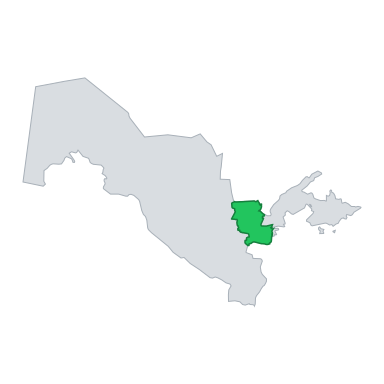 Jizzakh highlighted on a map of Uzbekistan
{"feature_id": "UZB-370", "entity_name": "Jizzakh", "entity_type": "Region", "adm_level": 1, "iso_a3": "UZB", "parent_name": "Uzbekistan", "parent_adm1": "", "projection": "albers", "projection_center": [67.735, 40.342], "detail": "fine", "context": "in_parent", "style": "filled", "palette": "green", "viewbox_px": 384, "rotation_deg": 0, "n_neighbors": 0, "source": "natural_earth", "source_scale": "10m", "svg_char_len": 7060}
<svg xmlns="http://www.w3.org/2000/svg" viewBox="0 0 384 384"><path d="M311.8,174.2L317.9,171.0L321.4,172.9L321.7,174.0L318.0,176.4L314.6,177.8L313.7,180.6L310.4,182.0L307.1,186.0L301.8,190.2L301.8,191.0L302.3,191.7L304.0,192.1L307.6,194.2L311.0,192.8L311.9,193.1L312.8,194.3L313.9,197.9L315.5,198.9L320.5,200.6L324.2,200.4L326.1,201.1L326.4,200.8L326.4,195.4L328.0,196.2L329.6,195.5L330.2,192.8L329.8,191.0L330.9,189.9L331.6,190.6L331.7,192.2L333.6,193.2L335.0,195.8L335.6,198.8L339.0,199.4L340.2,198.8L341.2,199.1L341.9,202.9L342.4,203.2L345.3,202.3L348.2,203.8L351.4,206.5L354.8,206.5L355.6,207.0L358.0,206.4L360.8,207.1L361.0,207.5L360.5,208.2L354.0,212.2L352.3,214.7L350.8,215.6L346.7,214.5L346.2,216.0L347.0,217.5L346.1,219.1L344.0,218.6L343.5,217.9L341.5,218.4L339.3,221.1L338.2,223.3L336.1,224.0L333.1,226.3L331.8,224.6L329.6,225.0L326.6,223.3L325.2,223.1L312.3,225.8L311.2,225.5L309.8,222.7L306.5,221.2L306.6,219.8L313.0,213.5L313.7,211.6L311.5,210.7L311.8,209.1L307.4,204.4L306.6,204.1L306.0,204.3L304.5,207.9L293.2,214.4L291.5,213.9L288.9,211.6L287.2,210.8L285.1,212.8L285.3,215.1L283.1,217.0L285.2,223.2L285.0,224.0L283.5,224.3L284.7,226.6L283.8,226.9L278.2,226.1L271.8,227.6L272.0,228.6L277.7,228.3L278.5,228.7L278.7,229.5L278.3,230.0L275.3,230.6L275.0,231.6L276.6,234.3L275.9,235.0L274.8,234.4L274.0,236.2L272.0,236.2L271.0,241.5L269.5,243.4L267.3,244.4L253.5,242.0L250.0,243.6L247.6,246.1L246.0,251.9L246.2,252.6L252.1,254.8L253.0,258.4L260.2,258.7L261.4,259.2L262.0,260.1L262.3,261.1L260.3,266.9L261.1,272.0L262.3,274.4L266.5,278.9L266.4,281.4L265.4,283.6L264.2,285.5L262.9,286.3L261.2,288.8L259.6,291.8L256.5,295.7L255.5,297.9L255.2,304.2L254.4,306.1L254.2,305.4L253.1,304.7L249.9,304.5L249.3,303.7L245.2,305.1L242.6,304.5L239.9,301.8L234.9,300.8L228.5,301.4L228.4,294.8L228.8,289.9L231.0,286.1L230.9,285.4L229.9,284.0L226.1,282.9L221.6,279.8L217.5,277.7L215.2,277.0L212.5,278.1L210.1,277.7L199.3,269.5L190.2,263.5L184.1,257.5L181.0,258.0L173.1,252.3L168.2,246.3L151.6,232.8L148.4,229.6L147.7,227.9L146.8,220.1L145.5,216.5L143.4,214.4L141.8,210.6L139.6,201.3L138.7,199.6L133.9,195.4L131.0,194.3L128.9,194.7L127.6,196.2L125.9,196.2L118.6,194.1L110.5,194.1L103.7,188.9L103.3,188.1L103.5,186.8L105.1,183.9L104.9,182.5L104.1,181.0L104.2,179.5L104.9,178.6L106.2,179.0L106.8,178.5L106.7,177.7L105.2,175.6L102.1,173.6L102.8,172.5L103.2,169.6L103.9,168.1L103.5,167.5L101.2,165.1L93.4,164.3L91.6,163.5L90.2,162.5L89.0,159.1L88.3,158.2L83.0,156.4L78.0,150.1L76.7,152.5L75.6,152.9L71.5,151.8L69.2,153.2L73.7,159.5L74.7,161.3L74.5,162.4L73.0,162.4L72.0,159.5L71.2,158.6L66.5,156.6L64.7,158.2L64.0,160.3L61.5,163.9L58.9,164.2L53.0,163.8L51.2,164.4L49.8,165.3L47.2,168.3L44.0,170.6L43.8,181.3L45.4,184.1L43.2,186.2L23.0,182.0L35.7,86.7L64.5,81.3L84.9,77.9L127.6,112.2L128.6,113.4L129.0,116.1L130.1,118.3L144.5,137.0L167.8,134.8L191.2,137.8L200.2,133.9L206.9,141.9L211.1,144.8L216.7,156.3L222.5,153.4L221.2,166.9L220.5,171.1L220.2,179.2L229.8,179.6L231.6,192.7L233.6,201.0L235.7,202.0L253.9,200.9L255.2,201.5L257.8,200.7L259.5,203.3L261.3,205.1L260.1,210.8L262.3,213.1L267.4,215.8L270.5,215.7L271.1,214.7L270.9,213.3L270.2,211.9L270.2,210.2L270.7,209.0L273.7,204.6L278.5,200.3L279.6,198.7L280.0,196.0L281.7,194.5L285.9,192.7L286.5,191.3L291.6,187.8L297.4,185.5L300.0,183.7L302.4,180.4L306.0,176.8L307.4,176.7L308.5,177.7L309.3,177.8L311.8,174.2ZM311.6,206.6L310.9,204.9L309.9,204.3L309.5,204.6L311.0,206.6L311.6,206.6ZM323.6,233.5L319.7,233.6L320.3,231.0L318.8,229.8L318.5,228.6L318.8,227.4L319.7,226.9L320.9,228.7L323.9,229.4L323.0,231.2L323.8,233.1L323.6,233.5ZM335.3,230.3L334.6,232.7L332.9,231.7L333.1,231.1L335.3,230.3Z" fill="#d9dde1" stroke="#a8b0b8" stroke-width="1"/><path d="M272.0,227.1L271.2,227.4L270.8,227.7L271.3,228.2L272.2,228.8L272.9,229.1L273.1,229.0L272.3,230.2L272.0,230.7L271.9,231.0L271.9,231.4L271.9,231.5L272.0,231.8L272.1,232.0L272.3,232.5L272.4,232.8L272.4,233.2L272.4,234.0L272.2,234.2L272.0,233.9L271.8,233.9L271.7,234.0L271.8,234.3L272.2,234.5L272.3,234.6L272.3,234.9L272.2,235.0L272.1,235.3L272.1,235.7L272.1,235.9L271.8,235.9L271.6,236.5L271.4,240.7L271.3,241.3L271.1,241.9L270.6,242.4L269.7,242.9L269.4,243.3L269.5,243.5L269.7,243.8L269.3,244.0L268.0,244.4L267.0,244.5L266.0,244.4L264.4,243.8L261.4,243.7L254.4,241.9L253.5,241.9L252.7,242.2L250.9,243.5L249.3,243.8L248.9,244.2L249.0,245.3L248.9,245.4L248.8,245.5L248.7,245.5L248.1,245.5L247.8,245.5L246.3,244.2L245.4,243.4L245.2,243.1L245.0,242.6L245.0,240.8L245.1,240.6L245.2,240.4L245.5,240.3L246.1,240.3L246.3,240.3L246.4,240.2L246.5,240.1L246.6,239.9L246.6,239.6L246.5,239.2L246.5,238.9L246.5,238.6L246.5,238.3L246.5,238.1L246.7,237.8L247.0,237.6L247.7,237.2L248.1,237.1L248.7,237.0L248.8,236.9L249.1,236.9L249.2,236.7L248.7,234.2L248.3,233.7L244.8,233.0L244.4,232.9L244.2,233.0L243.9,232.9L243.5,232.7L243.4,232.7L243.2,232.7L242.9,232.8L242.7,232.7L241.1,232.3L240.9,231.9L240.7,231.9L240.4,232.0L239.7,231.2L239.7,230.9L239.8,230.7L239.8,230.4L239.7,230.2L239.4,230.1L239.2,230.1L238.7,230.3L238.3,230.3L238.1,230.3L238.0,230.2L237.9,230.0L237.8,228.9L237.8,228.7L238.0,228.5L238.4,228.4L238.5,228.3L238.5,228.2L238.6,227.4L238.1,226.7L238.1,226.3L238.1,226.2L238.1,225.9L237.5,225.6L237.4,225.5L237.3,225.3L237.3,225.2L237.0,223.8L237.0,223.4L236.9,222.2L237.0,222.0L237.0,221.8L237.0,221.7L237.2,221.3L237.3,220.9L237.3,220.5L237.3,220.3L237.2,220.0L237.1,219.7L236.9,219.4L236.7,219.4L236.2,219.6L235.8,219.6L235.4,219.5L235.1,219.4L234.3,219.2L231.8,219.1L231.6,218.9L234.7,213.0L235.3,211.6L234.9,210.9L234.7,210.4L234.7,209.8L234.7,209.4L234.7,209.1L234.7,208.9L234.6,208.7L232.7,208.1L232.5,207.9L232.3,207.8L232.2,207.6L232.1,207.4L232.0,207.2L231.7,203.5L232.0,203.2L232.1,202.8L234.6,201.8L234.6,201.7L234.9,201.8L235.7,202.0L238.0,201.9L239.9,201.8L242.8,201.7L244.9,201.5L247.4,201.4L249.0,201.3L251.6,201.2L254.1,201.0L254.3,201.1L254.6,201.1L255.0,201.4L255.4,201.6L255.6,201.7L255.8,201.7L256.0,201.7L256.8,201.3L257.3,200.9L257.6,200.7L257.8,200.6L258.0,201.0L258.1,201.3L258.2,201.5L258.3,201.7L258.7,202.2L259.1,202.8L259.2,203.0L259.3,203.3L259.4,203.8L259.5,204.3L259.6,204.5L259.8,204.7L260.0,204.5L260.3,204.4L260.5,204.4L260.6,204.6L260.9,204.4L261.0,204.1L261.4,204.1L261.4,204.4L261.5,204.6L261.5,204.8L261.4,204.9L261.5,205.0L261.2,205.4L261.1,205.5L261.3,205.6L261.4,205.8L261.5,206.0L261.5,206.4L261.5,206.7L261.4,207.2L261.3,207.6L261.1,208.0L261.0,208.5L260.9,208.8L260.7,209.2L260.6,209.3L260.5,209.5L260.3,209.7L260.2,209.8L260.0,210.0L259.9,210.1L259.5,210.3L259.2,210.4L259.1,210.5L258.9,210.8L259.0,210.8L259.5,211.0L259.8,211.0L260.1,211.2L260.5,211.4L261.4,212.3L262.3,213.2L262.9,213.7L263.6,214.2L264.4,214.7L264.4,215.7L264.1,216.0L263.0,216.2L262.8,216.2L262.7,216.3L262.5,216.5L262.5,217.1L262.4,218.1L262.5,218.3L262.9,218.3L263.2,218.2L263.4,218.2L263.5,218.5L261.1,223.9L261.0,224.3L261.0,224.7L261.1,225.4L261.2,225.6L261.3,225.8L261.9,226.0L266.4,226.1L272.4,224.6L272.5,224.6L272.4,224.8L272.3,225.1L272.2,225.3L271.9,226.3L271.8,226.7L272.0,227.1L272.0,227.1Z" fill="#22c55e" stroke="#15803d" stroke-width="1.5"/></svg>